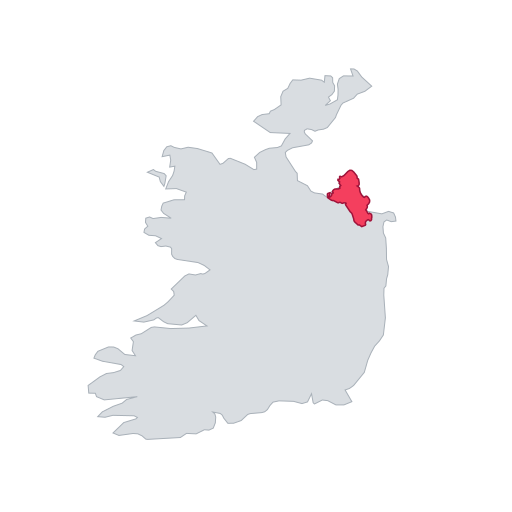 where Monaghan sits in Ireland, rotated 11°
{"feature_id": "IRL-3412", "entity_name": "Monaghan", "entity_type": "Administrative County", "adm_level": 1, "iso_a3": "IRL", "parent_name": "Ireland", "parent_adm1": "", "projection": "orthographic", "projection_center": [-6.93, 54.159], "detail": "fine", "context": "in_parent", "style": "filled", "palette": "rose", "viewbox_px": 512, "rotation_deg": 11, "n_neighbors": 0, "source": "natural_earth", "source_scale": "10m", "svg_char_len": 5715}
<svg xmlns="http://www.w3.org/2000/svg" viewBox="0 0 512 512"><g transform="rotate(11 256 256)"><path d="M321.7,82.5L312.2,89.2L310.7,91.7L308.0,102.0L307.6,104.9L301.5,116.3L298.1,118.6L293.0,120.4L290.1,122.3L286.5,121.3L281.9,121.4L279.6,123.4L279.7,125.0L281.1,126.8L289.5,132.2L289.0,134.4L286.6,136.8L271.2,142.8L266.6,146.4L265.0,148.8L266.6,153.0L278.6,165.5L280.6,166.9L282.3,174.1L293.1,177.2L297.5,181.8L301.3,182.9L309.6,182.5L312.9,184.2L314.8,183.0L315.9,180.6L325.2,171.9L322.4,165.4L331.8,154.2L334.3,154.4L338.7,157.8L342.3,162.5L343.5,168.9L346.9,174.6L349.1,176.5L355.1,177.6L356.5,179.9L355.4,188.1L356.3,190.9L371.5,190.6L377.6,186.9L382.9,187.5L385.5,191.2L386.7,195.0L382.2,196.5L377.4,195.7L375.1,198.2L375.0,203.0L376.7,209.2L379.9,213.6L382.5,223.5L384.8,234.5L388.1,241.1L388.9,249.3L388.5,253.4L389.2,260.6L387.8,263.2L388.9,270.0L394.8,292.0L396.1,309.2L393.4,315.7L389.7,321.8L387.4,329.1L385.6,337.0L384.5,349.6L376.5,364.5L373.0,368.2L369.0,370.5L377.9,380.7L370.7,385.4L362.8,386.9L354.0,384.3L348.6,384.7L341.6,390.1L340.1,389.1L336.8,380.6L334.4,389.4L329.3,392.1L320.6,391.5L306.2,393.8L300.6,396.2L298.2,400.1L296.5,404.6L294.2,407.3L291.6,408.6L280.4,411.8L278.1,413.1L272.9,420.3L266.0,424.4L260.3,425.6L255.3,421.3L253.3,418.7L251.0,417.4L243.3,417.4L245.7,418.8L247.2,421.8L247.9,427.5L246.9,433.1L243.0,435.9L238.5,436.4L231.2,442.0L221.6,443.4L216.4,448.6L184.6,456.7L182.8,456.8L178.5,454.3L173.9,453.1L169.1,453.7L155.7,458.3L149.4,457.0L158.0,444.7L169.2,438.8L170.4,437.1L166.8,436.1L145.9,439.7L138.6,443.1L131.3,443.9L134.9,438.3L144.5,430.8L152.7,426.0L156.4,421.5L166.3,416.7L134.5,426.2L126.3,424.5L124.5,421.4L118.0,422.5L115.9,415.1L125.9,404.4L131.6,399.9L138.3,397.7L144.8,394.2L147.3,389.8L144.4,388.3L125.4,388.6L116.4,387.2L117.1,383.6L119.0,379.7L128.6,373.4L133.7,372.5L138.2,373.4L146.0,377.7L156.7,376.9L152.4,372.4L152.0,363.5L148.7,360.4L153.2,356.5L158.2,354.2L166.8,346.1L169.8,345.0L186.1,343.5L203.7,339.6L221.2,334.0L212.4,330.3L208.3,325.7L201.2,334.6L196.2,337.9L182.2,339.3L177.8,338.1L171.7,335.1L169.8,336.1L167.9,338.2L158.5,342.3L148.8,343.0L160.4,335.3L175.1,321.9L178.5,317.6L183.2,310.1L182.0,306.6L179.1,304.6L189.9,289.2L193.6,286.4L200.2,286.2L205.1,283.8L207.2,283.9L209.1,283.0L213.5,278.4L207.1,275.2L200.4,273.5L179.6,274.4L176.9,274.0L174.4,272.4L172.8,270.3L171.8,264.9L170.3,263.6L165.6,263.4L161.0,264.9L157.8,264.6L154.7,262.1L159.9,256.9L153.5,255.3L146.9,256.1L141.5,254.2L141.5,250.8L144.1,247.4L141.1,244.1L140.6,239.9L144.1,238.0L147.8,238.9L155.6,236.2L165.5,235.1L157.2,231.8L154.0,229.0L154.0,225.1L154.8,221.8L164.7,216.5L175.1,214.4L174.5,210.6L175.4,206.6L165.0,205.0L154.6,207.4L156.0,199.7L158.8,192.9L159.4,188.3L159.2,183.3L154.3,185.2L154.0,178.2L152.2,173.4L144.9,176.4L145.4,170.1L147.6,165.8L151.4,164.0L155.0,165.0L161.9,165.2L168.6,162.2L178.1,161.7L193.1,163.3L203.2,172.9L205.9,171.3L210.3,165.6L212.2,165.0L227.8,168.0L237.4,171.6L240.1,170.6L238.8,164.0L235.6,159.4L239.9,153.6L245.1,149.7L248.5,147.7L256.4,145.4L259.9,143.1L262.3,135.5L266.0,129.2L246.4,132.1L227.9,124.2L231.0,118.9L235.0,116.0L241.8,113.8L242.5,111.1L246.0,108.8L251.8,102.9L249.9,94.9L251.1,89.1L255.2,85.4L256.6,80.0L258.5,76.1L266.7,74.8L274.7,71.2L286.8,70.9L289.9,72.4L289.3,65.8L295.0,65.0L297.2,66.4L298.2,71.0L300.7,74.0L301.5,79.2L299.7,83.1L296.8,86.2L299.4,89.4L295.2,95.0L299.7,92.6L306.1,87.1L305.8,82.6L304.8,76.8L303.1,71.7L303.9,66.0L307.5,62.5L316.9,60.8L313.1,54.3L316.5,53.7L320.2,55.1L325.6,60.1L337.2,67.2L331.5,73.5L324.5,77.8L321.7,82.5ZM152.7,202.2L152.3,205.2L147.9,201.2L145.9,197.0L133.4,194.5L138.8,190.7L141.3,192.0L150.1,192.6L152.5,194.4L152.7,202.2Z" fill="#d9dde1" stroke="#a8b0b8" stroke-width="1"/><path d="M333.7,153.7L335.8,154.8L339.6,158.0L340.0,158.7L340.5,160.4L341.0,160.7L341.8,160.8L342.1,161.2L342.7,162.8L343.4,164.8L343.6,166.3L343.1,167.4L342.0,168.0L344.2,169.1L344.7,169.7L345.0,170.6L345.2,171.6L345.6,172.7L346.6,174.3L347.8,175.7L349.1,176.9L350.4,177.7L351.2,177.8L351.7,177.2L352.1,176.6L352.8,176.2L353.5,176.3L354.2,176.6L355.5,177.7L356.4,178.8L356.9,179.4L357.2,181.3L356.6,183.2L355.3,185.0L355.9,186.2L355.9,187.4L354.9,189.8L355.9,190.6L357.5,192.6L358.4,193.1L358.7,192.9L359.1,192.3L360.7,192.7L361.2,193.0L361.5,193.3L361.7,193.6L361.8,193.9L362.2,195.4L362.3,195.8L362.3,196.6L362.2,196.8L362.2,197.0L362.3,197.2L362.4,197.8L362.5,198.2L362.3,198.8L362.0,199.4L361.3,199.8L360.9,199.8L360.5,199.6L360.0,199.1L359.7,199.0L359.3,198.9L358.8,199.1L358.3,199.6L357.5,200.6L357.1,201.3L357.0,202.1L357.1,202.6L357.1,203.1L357.3,203.5L357.6,203.9L357.6,204.5L357.4,205.0L354.2,207.0L351.6,205.8L350.3,206.1L346.5,203.8L345.5,202.8L345.0,201.4L344.7,200.7L342.5,196.7L341.9,195.9L341.5,195.5L341.1,195.3L339.9,194.5L334.4,188.9L334.0,188.2L334.1,187.9L334.3,187.6L334.4,187.1L334.2,186.9L333.8,186.8L332.2,187.0L331.9,187.1L331.1,187.7L330.7,187.8L330.1,187.8L328.6,187.3L328.1,187.3L327.7,187.4L327.4,187.6L326.9,188.0L326.5,188.1L326.0,188.1L321.6,186.8L321.3,186.8L320.5,187.0L319.2,186.8L315.5,185.2L315.3,185.0L315.7,185.0L314.3,182.0L314.3,181.3L314.7,180.8L316.6,179.7L316.8,179.9L316.6,180.7L316.6,181.6L316.6,182.8L316.5,183.8L316.7,184.2L317.6,183.8L318.1,183.1L318.6,182.2L318.7,181.1L318.5,180.1L319.7,179.5L319.6,178.9L319.0,178.4L318.7,178.0L319.1,177.0L319.5,176.3L320.0,175.8L320.7,175.2L324.1,174.4L325.4,173.5L325.0,171.8L325.8,170.6L323.7,168.7L324.0,167.3L322.0,166.2L321.8,165.1L322.1,165.0L322.6,165.2L322.9,164.8L323.0,164.8L323.5,163.8L323.5,163.7L323.3,163.6L323.1,163.0L322.9,162.4L323.0,161.9L323.4,161.7L324.5,161.9L325.0,161.9L327.0,160.3L330.0,155.6L331.8,153.9L333.7,153.7Z" fill="#f43f5e" stroke="#9f1239" stroke-width="1.5"/></g></svg>